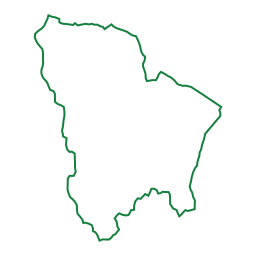 the district of Coração de Maria, Bahia, Brazil
{"feature_id": "56859067B97509655153591", "entity_name": "Coração de Maria", "entity_type": "district", "adm_level": 2, "iso_a3": "BRA", "parent_name": "Brazil", "parent_adm1": "Bahia", "projection": "natural_earth1", "projection_center": [-38.789, -12.217], "detail": "fine", "context": "isolated", "style": "outline", "palette": "green", "viewbox_px": 256, "rotation_deg": 0, "n_neighbors": 0, "source": "geoboundaries", "source_scale": "gbopen_adm2", "svg_char_len": 2445}
<svg xmlns="http://www.w3.org/2000/svg" viewBox="0 0 256 256"><path d="M194.6,209.2L194.7,205.4L194.9,200.5L193.0,196.5L192.3,192.7L190.7,190.0L189.7,186.3L190.6,183.0L191.2,180.4L191.7,177.2L193.2,172.1L195.0,168.2L197.1,165.5L197.3,162.9L198.1,159.6L199.4,155.7L199.6,152.6L201.2,149.2L202.1,144.7L203.4,141.0L204.2,138.3L205.2,133.8L220.3,115.9L220.3,112.8L219.3,110.1L221.2,106.9L204.2,95.5L191.0,86.9L188.4,86.3L185.9,85.7L182.5,85.8L177.6,84.2L174.5,80.5L171.3,77.7L168.0,76.0L164.6,73.8L160.9,71.9L158.8,74.2L157.7,77.2L156.0,80.1L152.4,80.1L149.5,80.7L146.9,81.0L145.7,78.0L145.5,73.6L144.2,69.7L143.2,67.0L143.0,63.9L144.6,60.4L145.1,56.8L143.0,54.8L141.7,52.6L140.9,50.1L140.4,47.5L139.6,44.5L138.2,40.9L136.0,36.2L132.5,35.4L129.6,33.6L127.1,31.8L123.8,30.6L120.1,29.3L116.5,28.2L113.3,26.3L111.5,24.4L104.5,29.1L102.9,26.9L100.4,26.3L97.5,24.7L94.2,24.7L91.8,23.8L88.9,24.4L85.4,23.8L77.8,25.4L75.0,23.2L73.0,25.0L69.4,24.4L66.0,24.0L62.6,23.7L59.4,22.4L59.3,19.0L55.4,17.4L51.8,16.7L48.4,15.4L47.5,18.8L45.8,22.2L44.3,25.6L42.1,28.2L39.7,29.9L37.4,31.6L35.1,34.0L34.8,37.5L36.3,41.1L38.3,44.4L40.4,46.9L42.3,49.1L43.1,52.6L43.0,56.4L42.9,59.3L43.2,62.6L42.6,66.4L41.4,70.0L41.4,73.5L42.3,76.0L43.6,78.5L45.6,80.5L47.4,83.0L48.8,86.8L50.2,89.9L53.5,91.1L54.9,93.7L54.9,97.4L55.1,102.0L58.1,104.2L61.3,105.4L63.8,107.0L64.4,111.8L64.4,116.1L63.6,120.1L63.2,124.1L62.7,127.8L62.0,130.8L62.7,133.5L63.2,136.5L66.5,138.1L66.3,141.0L66.0,145.0L67.3,149.6L69.6,152.0L71.8,151.6L74.7,153.6L74.8,158.0L75.0,163.0L75.0,167.4L75.7,171.9L73.6,175.9L69.6,175.9L67.8,178.6L67.7,184.1L67.5,189.3L68.7,193.6L70.2,197.1L73.0,199.6L74.8,201.6L76.8,205.1L77.0,210.7L77.8,214.1L79.6,216.0L81.1,218.0L82.7,220.2L83.2,222.9L85.6,222.7L88.8,223.7L91.8,225.2L92.9,228.3L93.1,231.3L95.4,232.2L96.9,234.3L98.0,236.7L99.5,240.6L102.6,239.4L105.9,239.5L109.1,239.5L111.4,237.7L112.9,235.4L115.6,234.0L117.4,231.6L119.0,229.6L117.4,226.5L116.7,221.7L114.7,218.3L117.2,215.1L119.2,213.3L122.1,214.7L125.2,215.4L128.4,215.1L130.0,212.6L131.1,210.2L134.0,209.8L134.2,205.5L135.2,201.5L137.7,198.4L140.6,198.8L143.0,196.4L145.2,194.0L148.4,195.7L150.1,192.1L151.3,188.9L154.3,188.7L156.9,190.3L158.1,193.5L160.6,193.2L162.5,191.8L165.4,192.0L168.6,192.1L169.8,194.4L170.1,198.9L170.1,203.8L172.9,208.3L176.7,210.1L177.6,212.7L179.3,216.3L181.7,214.2L183.3,212.2L185.4,210.1L188.1,211.0L191.4,210.0L194.6,209.2Z" fill="none" stroke="#15803d" stroke-width="2"/></svg>